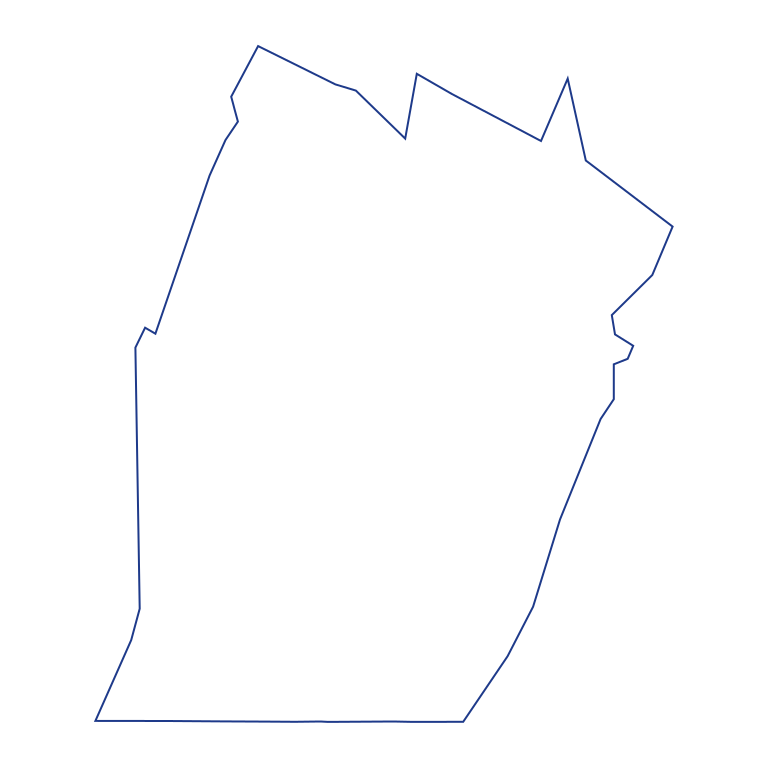 the district of Bedford, Pennsylvania, United States of America
{"feature_id": "52423323B14899262038475", "entity_name": "Bedford", "entity_type": "district", "adm_level": 2, "iso_a3": "USA", "parent_name": "United States of America", "parent_adm1": "Pennsylvania", "projection": "albers", "projection_center": [-78.468, 40.025], "detail": "fine", "context": "isolated", "style": "outline", "palette": "blue", "viewbox_px": 768, "rotation_deg": 0, "n_neighbors": 0, "source": "geoboundaries", "source_scale": "gbopen_adm2", "svg_char_len": 635}
<svg xmlns="http://www.w3.org/2000/svg" viewBox="0 0 768 768"><path d="M463.2,721.8L507.6,656.2L533.1,606.7L560.0,519.5L600.6,419.0L613.8,399.2L613.8,364.3L627.7,358.8L633.2,345.8L615.0,334.4L611.8,315.1L652.3,275.0L672.6,226.6L585.8,160.5L567.7,78.6L541.0,141.0L451.9,94.0L416.8,73.8L405.2,138.6L355.9,90.6L335.4,84.4L258.1,46.1L231.2,96.7L233.2,104.1L234.5,109.1L237.9,121.6L225.5,140.0L209.6,175.5L155.4,333.7L145.1,327.7L135.4,347.6L139.7,608.7L131.2,640.1L95.4,720.9L168.3,721.0L224.5,721.4L265.6,721.6L295.2,721.8L320.5,721.5L328.0,721.9L393.6,721.5L413.0,721.9L463.2,721.8Z" fill="none" stroke="#1e3a8a" stroke-width="2"/></svg>